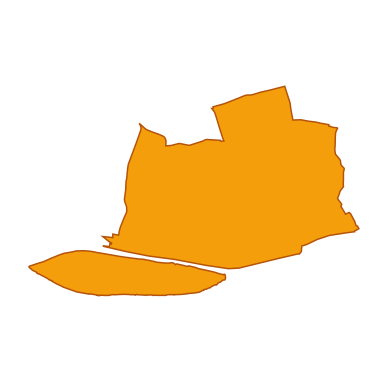 Misr Al-Qadima, Al Qahirah, Egypt, rotated 268°
{"feature_id": "37247803B34541492244214", "entity_name": "Misr Al-Qadima", "entity_type": "district", "adm_level": 2, "iso_a3": "EGY", "parent_name": "Egypt", "parent_adm1": "Al Qahirah", "projection": "mercator", "projection_center": [31.232, 30.011], "detail": "fine", "context": "isolated", "style": "filled", "palette": "amber", "viewbox_px": 384, "rotation_deg": 268, "n_neighbors": 0, "source": "geoboundaries", "source_scale": "gbopen_adm2", "svg_char_len": 5739}
<svg xmlns="http://www.w3.org/2000/svg" viewBox="0 0 384 384"><g transform="rotate(268 192 192)"><path d="M243.4,138.2L229.9,132.6L222.1,129.4L218.9,128.7L211.8,127.7L208.3,127.3L207.3,127.1L205.2,126.5L196.6,125.8L186.9,124.2L185.7,124.3L184.3,124.6L180.0,126.0L176.2,126.2L173.8,125.8L170.2,124.0L165.8,122.0L160.3,119.6L158.3,118.8L156.6,118.3L154.6,117.8L151.4,117.1L152.7,111.4L150.2,111.3L149.2,111.4L150.6,101.3L145.6,107.0L143.7,109.9L142.8,109.6L143.5,108.2L140.3,107.5L141.3,101.7L140.8,101.6L134.7,124.3L129.5,146.6L125.3,171.9L118.2,203.5L114.1,225.8L114.3,236.3L122.6,276.2L126.3,295.1L126.3,297.2L128.5,299.1L128.9,299.2L134.2,299.9L135.4,304.5L140.2,315.5L143.8,327.8L145.8,344.7L146.6,353.0L146.9,352.9L147.3,353.2L149.5,357.5L152.2,356.2L152.3,355.5L152.5,355.0L152.8,354.8L157.4,353.4L158.3,352.9L164.8,349.7L166.1,348.2L164.5,344.7L168.2,342.7L172.4,340.3L174.5,341.2L180.4,337.2L183.4,338.5L185.8,339.4L187.3,339.9L188.8,340.8L192.0,343.6L194.5,343.4L199.0,343.8L205.2,344.0L206.6,344.1L209.5,344.9L210.0,344.9L210.6,344.7L212.9,342.6L214.1,341.8L214.6,341.7L215.4,341.7L218.2,341.4L219.1,341.0L221.1,339.6L224.1,337.2L224.7,336.8L225.3,336.6L229.0,336.2L234.2,336.7L241.0,337.1L242.2,337.1L244.8,337.5L245.6,337.4L248.2,338.4L250.6,339.7L251.1,339.3L251.6,335.8L251.9,334.2L252.7,332.7L252.9,332.1L253.1,330.9L254.5,331.1L256.4,322.3L257.5,318.5L258.8,310.4L260.3,303.8L260.4,301.9L260.4,296.8L260.4,295.4L267.5,294.2L271.2,293.7L276.6,293.2L278.0,293.0L287.1,290.4L294.4,288.4L290.7,271.4L289.5,264.7L288.6,261.4L287.4,256.9L287.1,255.4L287.0,254.7L286.9,254.0L286.9,252.9L287.0,251.6L287.0,250.8L286.9,250.0L286.8,249.3L286.6,248.5L286.4,247.7L286.1,246.9L283.9,240.8L281.7,234.7L279.5,228.5L278.6,225.3L276.4,216.0L276.0,216.1L275.8,216.2L275.1,216.2L274.9,215.9L274.8,215.6L274.8,215.3L274.8,214.7L272.3,216.5L270.6,217.5L265.8,218.9L254.0,222.0L244.8,224.6L241.9,225.7L241.6,222.7L242.6,222.3L242.7,221.2L244.0,208.5L243.6,206.8L242.7,205.1L240.6,197.8L238.9,191.6L238.8,190.9L238.9,189.8L240.9,181.5L240.7,179.5L240.4,178.1L239.3,173.3L239.2,172.0L239.0,167.4L243.1,167.8L244.4,167.7L245.3,167.5L245.9,167.3L246.8,166.9L247.6,166.4L248.3,165.7L248.6,165.4L248.9,164.8L249.3,164.1L250.5,161.6L252.6,156.3L254.1,152.7L255.2,150.3L255.9,148.8L256.3,148.2L257.0,147.4L257.6,146.7L258.2,146.0L259.4,144.9L260.2,144.0L261.0,143.2L261.7,142.4L262.4,141.6L261.5,142.1L259.9,142.9L258.9,143.2L257.8,143.2L257.1,143.2L256.1,143.1L254.7,142.6L252.4,141.7L243.4,138.2ZM118.7,31.0L117.0,34.2L116.4,34.1L115.5,35.4L115.7,35.9L114.6,37.6L111.9,42.4L110.3,45.0L109.3,46.1L108.8,47.1L109.0,47.2L108.0,49.2L107.7,49.0L104.9,53.5L102.0,59.3L101.7,59.4L101.3,60.5L99.8,64.1L97.7,69.5L96.7,72.0L96.1,73.4L95.8,75.1L95.1,78.2L94.6,80.8L93.6,85.2L93.8,85.2L93.7,86.6L92.5,93.0L92.2,93.0L92.0,94.6L91.8,94.5L91.7,95.2L91.9,95.2L91.8,96.4L92.1,96.5L92.0,97.7L91.9,98.9L91.6,102.3L91.6,106.0L91.8,106.5L92.0,107.4L92.2,109.0L92.0,110.8L92.1,115.3L92.1,120.5L91.8,125.4L91.6,126.0L91.3,131.7L91.0,131.7L90.9,132.1L91.3,132.3L91.6,133.4L91.1,134.2L91.0,136.7L90.8,138.7L90.5,141.8L90.4,142.2L90.5,142.2L90.6,143.1L90.5,145.6L90.6,147.1L90.6,147.7L90.5,148.2L90.5,148.5L90.4,148.6L90.3,148.8L90.2,148.8L90.1,149.2L90.0,149.4L90.0,149.7L90.1,150.6L89.8,156.0L89.8,158.0L89.7,159.2L89.6,162.2L89.7,162.4L90.2,164.1L90.2,166.6L90.1,168.8L90.1,170.5L89.8,170.5L90.0,172.1L90.0,177.6L90.4,183.1L90.6,183.1L90.7,184.8L90.6,185.0L90.7,186.0L91.1,192.0L91.7,196.2L92.3,197.4L93.1,198.8L93.2,199.2L93.2,199.3L93.2,199.8L93.4,200.2L93.4,200.3L93.5,200.4L93.8,200.3L94.0,200.7L94.2,201.1L94.3,201.6L94.4,202.0L94.3,202.3L94.3,202.6L94.7,203.7L95.6,205.6L95.6,205.8L95.6,206.0L95.5,206.3L95.5,206.6L95.7,206.8L95.9,207.0L96.1,207.2L96.5,207.8L96.9,208.4L97.1,208.8L97.4,209.4L97.9,210.7L98.4,211.8L98.4,212.1L98.4,212.3L98.2,212.6L98.2,212.8L98.2,213.1L98.3,213.4L98.5,213.5L98.8,213.8L99.6,214.5L99.8,214.7L100.0,214.9L100.2,215.2L100.5,215.9L100.8,216.8L101.1,217.5L101.5,218.1L102.1,218.8L102.7,219.6L102.8,219.9L102.9,220.3L102.9,220.6L102.9,221.0L103.0,221.5L103.1,221.8L103.3,221.9L103.7,222.2L104.0,222.3L104.4,222.4L105.0,222.5L107.4,222.4L107.8,222.3L108.2,222.1L108.3,222.0L108.5,221.8L108.7,221.5L108.7,221.4L108.7,221.2L108.4,220.9L108.2,220.7L109.0,218.0L109.6,215.8L110.0,214.7L110.8,212.5L111.6,209.9L112.0,208.4L112.7,205.8L113.0,204.4L113.2,203.8L114.8,197.4L114.9,196.7L115.1,196.1L115.2,195.7L115.4,195.3L116.0,194.0L116.3,193.2L116.5,192.8L116.9,191.3L118.2,186.5L118.2,186.2L118.3,185.9L118.2,185.8L118.0,185.5L117.9,185.4L117.9,185.1L117.9,184.9L117.9,184.7L117.9,184.4L118.1,183.5L119.0,180.6L119.3,179.6L119.8,177.3L120.4,175.4L120.6,174.5L120.6,174.1L120.6,173.8L120.5,173.5L120.4,173.5L120.1,173.1L120.0,172.9L120.3,172.6L120.7,172.2L121.0,171.9L121.2,171.5L121.6,170.9L121.9,170.2L122.0,169.7L122.0,169.0L122.0,168.2L121.9,167.9L121.8,165.5L121.9,164.6L121.9,164.2L121.9,163.5L122.1,161.9L122.2,159.8L122.5,159.2L122.5,158.5L122.6,157.8L122.7,157.1L122.8,156.5L122.8,155.9L123.2,154.0L123.3,153.3L123.6,152.7L123.7,152.1L124.0,151.6L124.1,151.0L124.4,149.6L124.5,149.0L124.8,148.4L124.9,147.8L125.0,147.2L125.2,146.5L125.4,145.8L125.5,145.1L125.7,143.8L126.2,142.5L126.2,141.9L126.4,141.2L126.6,139.9L126.7,139.3L126.8,138.7L126.7,138.0L126.7,137.4L126.8,136.7L127.0,136.1L127.2,134.8L127.5,132.8L127.6,132.2L127.7,131.6L128.0,129.6L128.1,129.0L128.2,128.4L128.3,127.7L128.5,127.1L128.6,126.5L128.8,125.3L128.9,124.4L130.3,116.8L133.6,101.2L133.8,100.1L134.9,94.6L135.8,91.1L136.5,87.2L137.1,81.9L137.1,73.3L136.5,71.6L135.2,62.0L134.9,60.9L133.2,55.7L132.8,54.7L130.6,48.6L127.7,41.6L125.4,33.2L124.7,30.9L123.5,26.8L123.2,26.5L122.4,26.6L119.7,29.5L118.7,31.0Z" fill="#f59e0b" stroke="#b45309" stroke-width="1.5"/></g></svg>